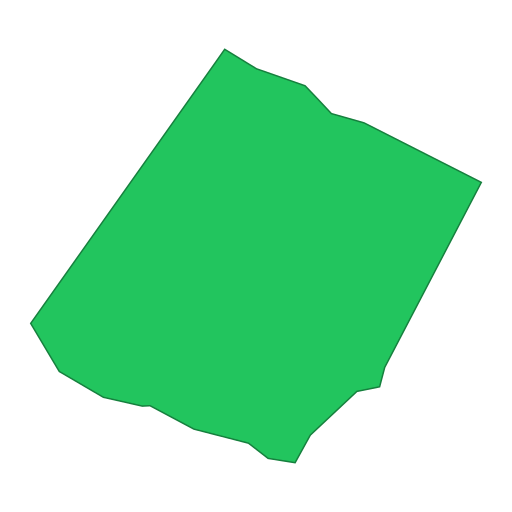 Fluvanna, Virginia, United States of America (Natural Earth projection)
{"feature_id": "52423323B11233597395772", "entity_name": "Fluvanna", "entity_type": "district", "adm_level": 2, "iso_a3": "USA", "parent_name": "United States of America", "parent_adm1": "Virginia", "projection": "natural_earth1", "projection_center": [-78.273, 37.848], "detail": "fine", "context": "isolated", "style": "filled", "palette": "green", "viewbox_px": 512, "rotation_deg": 0, "n_neighbors": 0, "source": "geoboundaries", "source_scale": "gbopen_adm2", "svg_char_len": 389}
<svg xmlns="http://www.w3.org/2000/svg" viewBox="0 0 512 512"><path d="M295.1,462.7L310.3,435.1L356.9,391.4L379.6,386.8L384.7,367.4L481.3,182.4L364.1,122.9L331.4,113.6L315.7,96.9L305.1,85.8L256.5,68.8L224.7,49.3L215.3,62.7L30.7,323.4L59.3,371.5L103.4,397.3L142.3,406.1L150.0,405.7L193.9,429.1L248.5,443.2L268.1,458.4L295.1,462.7Z" fill="#22c55e" stroke="#15803d" stroke-width="1.5"/></svg>